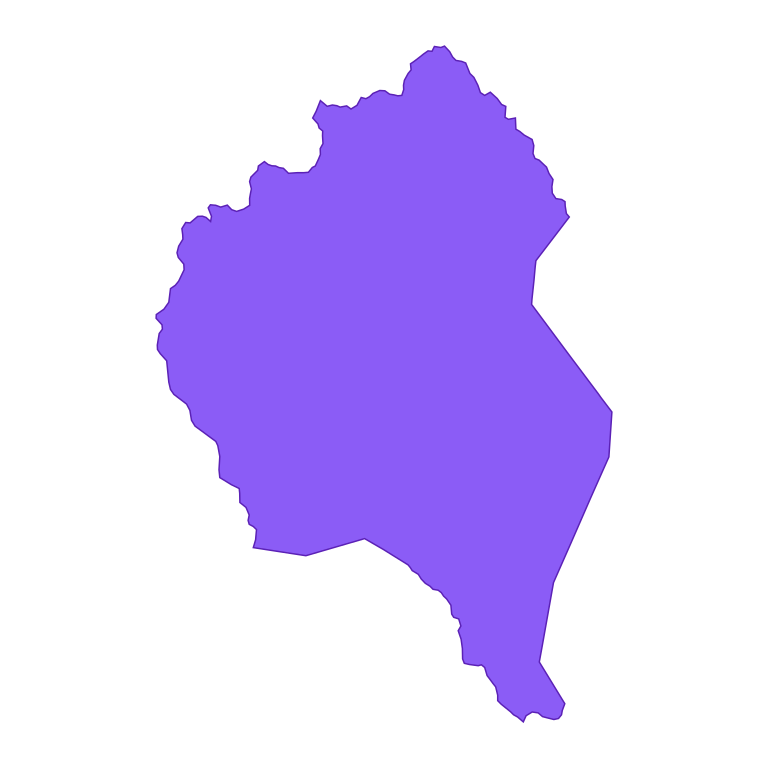 São José do Belmonte, Pernambuco, Brazil
{"feature_id": "56859067B2829492524896", "entity_name": "São José do Belmonte", "entity_type": "district", "adm_level": 2, "iso_a3": "BRA", "parent_name": "Brazil", "parent_adm1": "Pernambuco", "projection": "natural_earth1", "projection_center": [-38.766, -7.884], "detail": "fine", "context": "isolated", "style": "filled", "palette": "violet", "viewbox_px": 768, "rotation_deg": 0, "n_neighbors": 0, "source": "geoboundaries", "source_scale": "gbopen_adm2", "svg_char_len": 2868}
<svg xmlns="http://www.w3.org/2000/svg" viewBox="0 0 768 768"><path d="M236.6,211.4L231.7,209.7L227.3,205.1L220.7,207.1L215.8,205.3L210.4,204.8L208.2,207.9L211.5,216.3L210.6,221.5L206.0,217.4L202.4,216.2L197.7,216.4L190.1,222.9L185.7,222.5L181.9,228.6L182.7,234.8L182.9,239.2L178.7,246.1L177.0,252.8L178.3,257.5L183.8,264.1L184.1,269.8L178.7,281.1L175.3,285.3L170.5,288.6L168.8,302.3L163.9,309.2L156.3,314.5L156.1,318.3L162.0,324.8L162.4,329.2L159.2,333.5L157.3,345.1L157.5,349.5L160.3,353.7L166.7,360.8L168.8,382.1L170.5,389.5L173.9,394.4L186.6,404.1L189.9,410.4L191.5,420.3L195.1,426.2L215.8,441.4L217.8,445.6L219.8,456.5L219.0,469.8L219.8,477.6L231.4,484.7L239.2,488.5L239.7,493.2L239.9,502.5L246.0,507.4L249.2,515.0L248.1,520.4L249.2,524.3L253.3,526.5L256.5,529.6L255.6,539.8L253.3,547.6L281.7,552.0L305.9,555.7L364.6,538.6L383.6,549.6L408.1,564.9L410.3,567.6L412.2,570.6L418.3,574.3L421.3,579.1L425.3,583.3L430.0,586.2L433.0,589.3L438.1,590.2L441.3,592.6L443.6,596.1L446.6,598.9L448.6,601.8L450.9,605.2L451.7,614.1L453.7,617.3L458.7,618.9L460.9,626.0L458.2,630.7L461.1,639.2L462.4,648.5L462.6,658.9L464.3,663.3L469.4,664.5L478.2,665.7L481.4,664.8L484.7,667.5L487.1,675.6L490.3,679.8L493.0,683.5L495.7,686.9L497.7,695.2L497.7,700.7L501.3,704.3L505.9,708.0L510.6,711.8L513.6,714.8L517.6,717.0L523.3,721.9L526.1,715.7L532.2,712.0L538.2,712.9L542.5,716.6L546.7,717.7L553.9,719.5L558.5,718.5L561.5,714.8L562.3,710.4L564.8,703.7L539.3,662.0L542.3,645.5L553.5,582.6L570.6,543.8L590.7,497.8L608.9,456.9L611.9,412.0L600.9,397.5L598.3,393.8L572.0,358.8L563.8,347.8L542.7,319.4L531.6,304.5L532.0,298.9L534.0,280.1L535.2,266.8L535.9,260.7L569.3,217.0L566.4,213.6L565.2,206.0L565.0,201.6L561.7,199.5L555.9,198.6L552.3,193.2L551.9,186.6L553.0,179.5L549.0,173.5L546.5,167.1L543.6,164.4L539.1,160.1L535.0,158.5L533.0,153.5L533.8,145.6L532.1,139.5L524.2,135.1L519.7,131.4L515.9,129.2L515.4,118.0L508.4,119.3L505.0,117.3L505.8,106.4L501.6,104.5L497.2,98.5L490.3,92.2L484.7,95.4L480.4,92.6L477.9,85.3L473.9,77.4L469.9,73.5L465.7,63.0L461.7,61.4L455.9,60.4L452.6,57.0L449.7,51.7L444.5,46.1L440.9,47.5L434.4,46.5L432.0,51.3L428.0,50.9L423.7,53.9L419.3,57.4L413.8,61.6L410.5,63.8L411.1,69.9L408.1,73.5L404.4,80.3L403.5,85.3L403.7,89.6L401.8,95.4L397.8,95.8L394.1,94.9L389.6,94.2L384.9,90.8L379.8,90.5L373.0,93.4L369.7,96.6L365.9,98.7L361.2,97.5L357.0,105.3L351.0,109.0L346.7,105.9L340.1,107.1L336.9,105.7L332.4,105.0L327.2,106.3L320.4,100.6L316.2,111.2L312.7,118.0L318.0,124.0L319.1,128.0L322.7,131.0L322.5,135.7L323.0,143.6L320.2,148.6L320.4,154.5L318.5,159.1L315.3,166.0L312.3,167.5L308.4,172.3L303.5,172.7L297.2,172.7L288.5,173.3L283.4,168.3L279.1,167.6L275.6,166.0L271.9,165.8L268.1,164.5L264.4,161.6L258.4,166.0L257.7,170.3L250.9,177.1L249.6,181.6L251.4,188.9L250.5,193.3L249.6,198.4L249.7,205.3L243.7,209.1L236.6,211.4Z" fill="#8b5cf6" stroke="#5b21b6" stroke-width="1.5"/></svg>